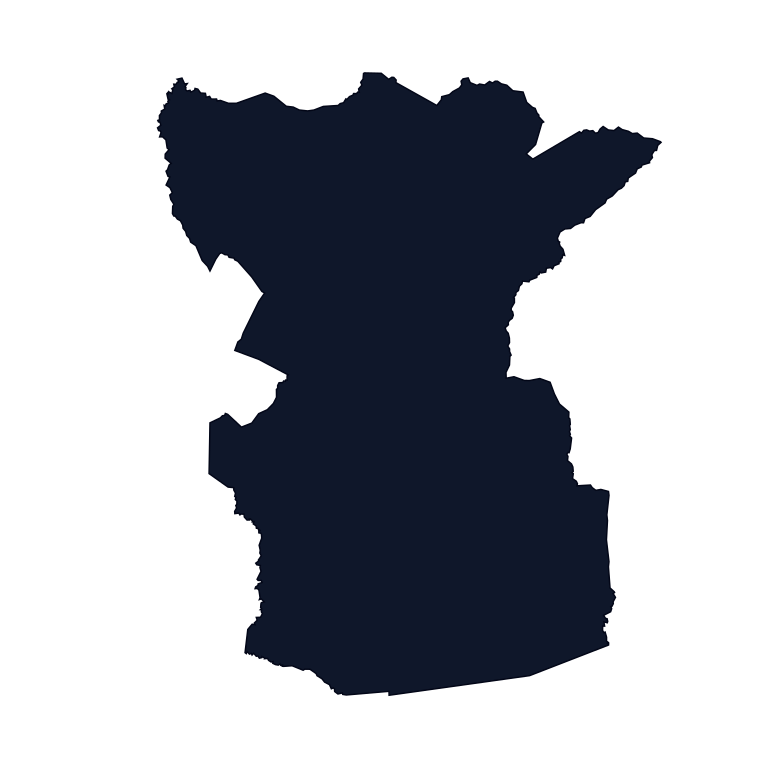 Kalomo, Southern, Zambia (Robinson projection), rotated 186°
{"feature_id": "96606910B45059584224762", "entity_name": "Kalomo", "entity_type": "district", "adm_level": 2, "iso_a3": "ZMB", "parent_name": "Zambia", "parent_adm1": "Southern", "projection": "robinson", "projection_center": [26.465, -16.838], "detail": "fine", "context": "isolated", "style": "filled", "palette": "ink", "viewbox_px": 768, "rotation_deg": 186, "n_neighbors": 0, "source": "geoboundaries", "source_scale": "gbopen_adm2", "svg_char_len": 6123}
<svg xmlns="http://www.w3.org/2000/svg" viewBox="0 0 768 768"><g transform="rotate(186 384 384)"><path d="M494.1,102.3L492.8,101.5L492.2,103.7L489.6,101.3L487.7,102.2L486.9,100.7L485.4,102.6L482.6,99.9L480.9,100.3L479.3,98.3L477.0,99.1L477.0,100.2L473.9,99.0L474.1,98.3L471.1,98.9L469.9,97.1L467.2,95.7L465.3,96.4L465.4,94.6L462.6,93.6L459.7,93.4L458.3,94.8L457.3,93.4L455.6,93.8L455.7,92.7L454.3,92.7L445.9,94.2L434.5,90.9L433.0,92.1L427.8,92.6L421.2,88.9L420.1,86.9L414.9,84.4L411.9,81.3L406.8,79.3L404.5,75.4L402.7,76.4L401.4,75.7L400.9,73.0L397.4,70.9L393.1,72.4L392.6,71.0L389.0,70.8L346.9,78.9L346.4,75.0L208.7,109.2L133.4,147.9L133.5,149.4L134.6,149.6L133.9,150.4L135.8,151.5L136.2,155.5L138.2,160.4L139.5,159.7L140.9,161.9L141.2,166.1L139.3,166.3L140.5,170.4L137.0,169.9L136.7,171.3L137.6,173.9L139.2,174.1L141.4,176.9L134.8,181.2L134.1,184.4L135.2,186.3L134.1,186.7L133.0,189.5L133.4,191.3L131.5,196.0L134.3,199.6L132.9,200.7L133.3,201.4L137.9,204.8L141.7,225.7L141.7,230.8L146.5,252.3L147.5,271.6L148.7,277.2L148.6,296.8L149.5,300.6L157.3,301.8L162.2,300.4L166.1,302.7L168.1,305.1L181.5,302.9L181.2,305.1L182.6,307.4L186.6,309.6L186.4,314.6L188.0,315.5L186.7,316.9L187.5,321.2L189.2,324.1L193.5,327.0L193.5,331.2L194.9,333.4L194.0,335.1L192.8,335.0L192.0,338.9L191.8,349.9L194.0,351.9L193.4,353.4L194.6,356.0L194.0,358.1L195.1,362.1L194.5,363.2L195.5,368.7L196.8,369.8L197.2,375.4L207.4,382.4L213.5,391.9L219.0,403.1L229.6,405.7L239.8,402.6L244.9,402.2L255.5,404.8L263.1,402.5L263.9,408.3L261.2,416.0L261.7,424.6L260.6,426.0L262.5,429.4L262.8,432.0L264.9,434.7L263.5,438.3L264.1,442.8L265.8,447.5L268.0,449.5L269.4,452.6L266.5,455.9L266.9,458.2L265.9,460.4L263.4,462.7L262.6,465.9L263.7,469.3L265.2,470.5L265.4,472.7L262.8,478.6L263.3,483.0L264.2,483.6L262.2,486.5L262.4,488.8L260.1,491.0L259.6,495.4L257.3,498.1L257.1,500.8L250.5,500.8L249.9,502.5L243.2,506.0L243.2,508.2L241.2,509.3L240.6,511.7L239.2,510.9L234.9,512.2L234.6,516.1L230.5,517.2L228.4,516.1L227.2,519.4L222.5,521.9L222.7,523.5L221.1,524.3L221.2,527.3L220.0,528.0L219.7,531.1L217.8,530.8L220.1,536.7L223.3,539.6L224.4,542.1L224.1,543.5L225.6,544.2L226.8,547.2L224.8,553.6L220.3,557.1L214.7,558.2L210.9,561.9L204.9,565.0L202.4,565.2L201.4,569.6L196.5,572.2L191.8,579.5L183.1,587.2L181.9,591.1L176.6,594.9L171.5,601.7L168.4,603.5L166.0,606.4L165.2,610.3L162.8,611.0L162.6,614.4L155.9,620.1L154.7,624.4L150.8,626.7L150.3,628.7L143.0,631.8L143.3,633.4L140.7,637.2L141.6,639.9L140.8,641.9L139.4,644.5L137.4,644.8L136.7,649.9L133.7,653.3L134.4,653.9L142.6,656.0L151.4,655.8L158.4,660.0L163.2,659.0L167.4,660.9L173.7,661.9L177.7,664.0L181.7,660.1L187.5,660.1L193.0,663.0L195.7,660.2L197.4,656.4L200.0,655.5L202.8,657.8L206.0,657.0L209.0,657.9L211.8,657.2L213.9,654.1L216.0,655.4L259.5,623.2L266.6,627.7L258.3,638.0L254.3,660.1L252.6,661.3L258.0,666.0L258.1,667.6L260.2,669.5L262.5,673.9L265.2,674.6L271.5,679.0L276.2,688.9L286.5,689.1L293.1,694.0L298.7,694.8L302.8,697.0L305.2,696.7L307.5,694.7L310.7,695.9L315.1,691.9L320.3,692.3L322.7,690.7L329.7,692.7L332.3,697.2L337.3,695.7L339.0,693.2L337.9,689.7L339.9,686.3L346.1,682.0L349.2,678.6L356.6,675.8L356.7,672.6L360.6,666.5L403.7,685.0L403.7,687.6L406.3,689.9L408.2,689.9L411.2,687.5L419.2,692.7L436.0,691.3L436.8,690.7L436.7,685.1L438.7,681.6L437.2,678.9L440.1,674.8L439.1,671.6L440.4,671.7L441.8,669.9L444.6,669.7L445.1,668.0L448.4,666.2L450.6,663.1L451.7,663.6L453.6,659.5L456.9,658.3L458.7,656.2L473.4,653.7L482.4,649.1L488.5,647.6L496.8,647.6L503.2,649.9L510.2,650.0L523.6,658.7L532.6,660.9L560.0,647.8L568.0,646.9L576.3,648.9L579.5,648.1L580.3,649.9L585.6,649.3L587.5,651.8L590.8,650.6L592.0,654.4L596.8,654.2L600.0,657.8L602.8,658.2L603.1,656.3L606.6,654.1L607.6,655.8L610.5,654.8L612.1,656.0L612.0,658.2L613.0,658.9L611.1,662.2L613.7,661.6L616.9,667.1L621.6,665.5L619.9,664.2L620.0,662.6L621.0,662.6L622.2,660.3L624.4,660.2L623.5,657.6L625.9,655.4L624.8,654.6L625.3,650.7L628.2,651.9L628.8,650.5L629.0,651.8L630.3,650.0L628.5,644.6L626.4,644.4L627.8,644.0L628.5,642.5L627.6,641.1L630.0,639.7L630.5,637.9L631.8,638.2L630.8,634.5L634.0,632.2L633.7,630.3L635.4,627.5L634.9,623.3L636.5,622.5L635.7,621.1L634.1,620.9L633.0,618.0L636.0,615.1L634.6,612.5L632.8,612.2L632.0,610.6L633.0,606.3L630.1,606.7L626.4,604.0L624.3,596.0L622.3,594.6L625.6,589.8L625.3,585.7L618.7,581.2L620.5,579.4L621.7,574.4L623.0,572.9L620.5,567.9L618.6,567.5L621.5,559.1L617.4,556.9L614.5,552.1L616.8,549.5L615.3,545.2L611.7,540.7L612.7,538.7L612.2,531.4L610.6,529.1L609.1,529.1L606.7,526.4L603.5,525.1L600.8,521.1L600.1,517.9L597.2,515.0L595.7,511.1L592.6,508.5L591.1,504.9L585.5,501.9L577.7,487.8L571.7,482.6L568.9,478.2L564.3,490.7L561.0,496.7L559.1,497.5L555.7,496.0L552.8,496.1L551.3,493.8L546.2,493.5L545.5,492.0L542.2,490.8L526.8,476.7L515.1,463.3L512.2,462.0L517.1,453.0L529.3,419.9L530.6,413.6L533.7,410.6L535.9,401.8L511.3,395.5L480.3,383.1L481.2,382.1L480.8,377.7L482.3,377.6L482.4,376.4L484.1,376.5L484.9,374.8L488.5,374.3L489.6,371.4L489.3,368.6L490.4,367.4L489.5,359.5L492.0,353.0L497.4,346.2L505.5,341.4L511.4,331.3L521.3,326.2L536.3,337.5L538.7,338.1L539.2,336.1L541.4,335.5L543.2,333.2L553.0,327.2L548.6,276.6L528.3,265.2L522.6,265.2L522.3,262.9L520.3,260.0L520.7,256.5L519.4,256.0L519.8,253.6L518.0,252.2L517.8,248.9L518.7,247.7L517.6,245.3L519.2,241.8L518.8,239.5L514.9,240.4L513.6,238.8L512.9,239.7L509.6,239.9L509.0,237.1L506.0,234.4L503.6,234.7L503.9,235.8L503.0,236.0L500.6,234.2L500.6,233.0L498.9,233.5L499.4,231.2L496.4,229.6L495.8,227.2L494.3,227.4L493.5,225.8L492.5,225.9L492.0,225.2L493.1,224.6L492.9,222.9L490.7,222.7L490.1,221.4L489.5,217.9L491.3,210.6L489.7,205.7L489.8,202.9L488.1,200.3L490.5,195.8L489.9,195.1L492.8,192.4L491.6,190.9L488.0,190.6L488.2,188.4L486.7,184.9L489.8,176.5L488.7,175.5L485.6,175.8L484.5,173.9L488.3,172.0L488.3,170.5L490.4,168.8L490.8,167.0L488.5,167.4L486.8,165.9L484.9,158.5L485.4,156.6L483.5,157.4L480.4,154.8L483.1,153.7L483.4,152.6L483.3,148.8L482.2,147.7L483.2,146.7L482.2,146.7L482.1,144.5L480.9,143.0L482.4,139.1L486.6,138.5L485.4,135.8L487.9,132.8L487.1,131.2L490.0,131.3L493.8,125.7L494.1,102.3Z" fill="#0f172a" stroke="#020617" stroke-width="1.5"/></g></svg>